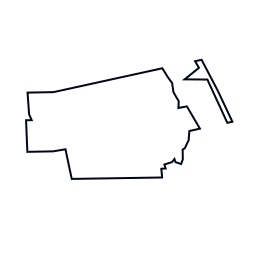 the district of Willacy, Texas, United States of America, rotated 348°
{"feature_id": "52423323B56216373700802", "entity_name": "Willacy", "entity_type": "district", "adm_level": 2, "iso_a3": "USA", "parent_name": "United States of America", "parent_adm1": "Texas", "projection": "equal_earth", "projection_center": [-97.535, 26.456], "detail": "fine", "context": "isolated", "style": "outline", "palette": "ink", "viewbox_px": 256, "rotation_deg": 348, "n_neighbors": 0, "source": "geoboundaries", "source_scale": "gbopen_adm2", "svg_char_len": 658}
<svg xmlns="http://www.w3.org/2000/svg" viewBox="0 0 256 256"><g transform="rotate(348 128 128)"><path d="M37.1,72.5L34.1,94.0L35.4,100.3L29.9,99.2L24.6,130.4L28.8,131.2L50.1,135.3L62.4,135.8L62.4,166.1L138.3,181.0L151.1,183.5L152.1,174.8L156.4,175.4L156.0,171.3L163.9,170.5L167.0,168.0L167.3,171.2L172.5,174.3L175.1,170.0L177.0,160.4L179.3,159.7L184.8,152.5L187.4,143.7L198.2,143.6L190.1,119.1L181.5,118.9L183.2,112.4L179.9,102.5L180.5,93.2L177.5,86.5L174.0,76.7L62.5,77.4L37.1,72.5ZM207.5,76.6L209.9,83.9L193.5,92.2L215.7,97.1L224.1,134.1L226.2,143.6L231.4,143.6L223.8,111.1L214.2,76.6L207.5,76.6Z" fill="none" stroke="#020617" stroke-width="2"/></g></svg>